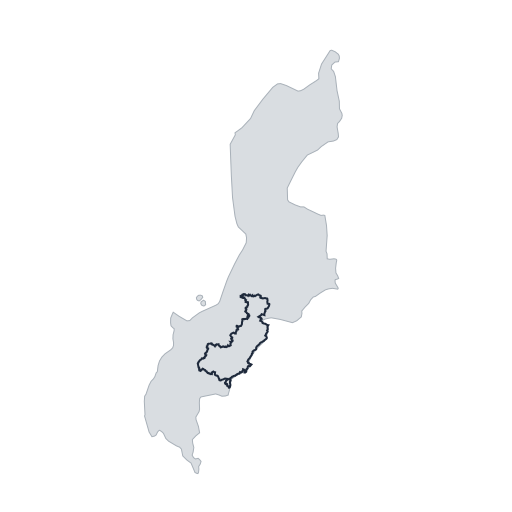 location of Mzimba, Mzimba, Malawi, rotated 214°
{"feature_id": "42251766B77624810989827", "entity_name": "Mzimba", "entity_type": "district", "adm_level": 2, "iso_a3": "MWI", "parent_name": "Malawi", "parent_adm1": "Mzimba", "projection": "albers", "projection_center": [33.674, -11.849], "detail": "fine", "context": "in_parent", "style": "outline", "palette": "slate", "viewbox_px": 512, "rotation_deg": 214, "n_neighbors": 0, "source": "geoboundaries", "source_scale": "gbopen_adm2", "svg_char_len": 8988}
<svg xmlns="http://www.w3.org/2000/svg" viewBox="0 0 512 512"><g transform="rotate(214 256 256)"><path d="M198.3,297.5L195.4,293.5L193.0,294.5L189.8,297.3L188.0,298.1L187.1,298.0L186.5,297.3L185.8,295.5L183.2,290.4L180.3,286.7L177.3,285.3L174.9,283.6L175.9,282.0L177.1,280.8L176.6,279.6L175.2,277.9L169.8,275.3L169.7,274.2L174.5,272.0L177.4,269.4L179.5,266.8L182.0,261.3L184.1,255.8L185.6,254.0L186.2,250.3L185.8,246.2L186.8,241.0L187.3,236.0L185.8,234.1L184.4,230.8L186.0,225.1L188.5,221.1L200.4,217.0L208.8,213.3L210.5,211.7L213.4,208.6L214.9,205.5L213.8,204.6L207.2,204.5L205.6,203.3L200.9,192.5L203.5,180.1L203.7,175.2L203.6,169.2L202.8,164.8L200.7,163.0L199.4,160.6L199.8,154.1L201.7,153.4L205.8,144.8L207.7,139.8L205.5,135.7L203.0,130.0L201.9,126.4L201.3,125.2L203.0,122.9L205.8,120.7L208.9,120.1L212.3,119.1L222.8,108.4L223.0,106.3L221.0,102.8L217.1,97.4L216.2,95.2L215.8,88.8L214.2,86.8L208.4,82.5L203.9,77.9L205.3,73.3L206.1,68.2L203.8,65.4L200.5,62.5L198.5,58.3L197.6,55.2L195.0,53.9L192.6,53.9L190.9,55.9L189.0,55.7L186.7,55.0L185.9,52.3L185.8,49.4L184.2,47.4L182.7,44.6L182.5,43.1L183.5,42.7L185.5,42.4L194.0,48.0L199.2,48.2L204.9,49.3L209.9,54.2L212.4,54.8L215.7,54.1L224.9,53.6L228.7,54.3L233.5,57.2L235.4,57.6L238.4,57.7L238.9,56.9L239.2,55.2L238.7,51.8L239.4,50.0L241.2,48.0L246.2,50.3L258.9,61.0L259.3,62.4L267.3,73.0L269.9,77.5L269.9,79.9L272.4,89.2L272.9,93.5L272.3,96.8L272.4,99.5L273.4,103.3L273.1,104.9L275.9,110.4L277.3,115.1L277.5,119.7L276.7,124.1L274.2,130.6L273.7,133.2L274.3,135.6L275.9,138.1L278.6,140.9L280.7,144.3L282.1,148.2L283.2,150.0L284.7,150.0L287.4,150.6L289.5,152.9L292.0,156.8L292.9,161.2L293.2,163.1L286.0,163.0L277.0,163.6L274.8,165.4L274.1,169.2L271.2,177.2L269.6,180.1L266.3,185.4L261.6,193.0L260.6,195.4L260.7,198.0L263.5,208.2L266.3,219.0L267.2,223.2L269.3,237.5L270.4,247.6L270.5,253.5L271.5,261.5L274.0,265.8L276.7,268.5L286.9,270.2L289.9,272.1L295.6,277.2L308.1,291.3L314.9,300.3L320.9,308.2L331.6,322.8L339.9,334.2L340.9,344.9L342.3,346.4L339.4,354.3L337.4,367.0L338.7,375.5L338.0,389.9L336.4,405.2L334.4,410.7L332.0,412.7L326.1,414.3L313.3,416.2L311.4,418.0L309.7,420.9L307.1,428.0L304.0,435.1L303.0,438.1L303.6,438.9L306.3,442.5L309.0,451.8L309.4,467.7L308.4,468.9L304.6,469.6L300.6,469.3L298.9,468.4L297.4,466.6L296.3,463.2L299.0,460.9L300.0,456.7L298.3,453.2L294.8,452.4L290.5,449.1L281.3,438.4L273.5,430.9L269.1,424.7L264.5,422.2L263.1,420.7L262.0,418.1L262.0,414.3L262.5,411.5L261.0,408.4L256.4,403.6L254.2,400.9L254.1,397.7L256.1,394.6L260.1,390.9L263.1,383.2L264.2,378.3L269.9,368.4L270.7,359.8L270.9,352.9L270.5,347.7L269.1,337.1L268.1,329.8L261.2,320.2L258.9,319.3L252.3,320.2L246.6,321.6L243.7,323.5L239.5,323.6L228.3,325.3L224.8,326.0L222.8,327.7L221.6,328.1L214.6,320.7L208.4,312.7L200.6,299.1L198.3,297.5ZM280.1,192.5L278.2,192.9L277.0,191.9L277.3,189.0L278.0,186.9L279.9,186.5L281.2,187.1L282.1,188.1L282.1,189.7L281.6,191.3L280.1,192.5ZM275.9,187.1L274.8,190.0L272.6,190.0L270.5,187.4L271.2,185.4L273.2,184.8L275.0,185.5L275.9,187.1Z" fill="#d9dde1" stroke="#a8b0b8" stroke-width="1"/><path d="M230.9,225.2L232.5,225.5L233.2,224.8L234.2,222.6L234.7,222.5L234.6,222.0L235.4,221.7L235.7,221.0L236.2,221.2L236.7,221.1L237.0,221.4L237.2,220.7L237.0,220.4L237.2,220.2L238.5,220.4L238.9,220.3L239.3,220.5L239.6,219.9L240.0,219.9L239.7,219.4L240.3,219.2L240.3,218.6L240.9,218.8L241.2,218.4L243.0,217.8L243.6,218.2L244.8,217.7L245.0,217.4L244.6,217.5L244.4,217.2L245.0,216.2L244.7,215.6L245.2,215.5L245.4,214.9L245.9,214.8L245.9,214.6L246.4,214.3L246.2,214.0L245.9,213.7L245.8,213.4L245.3,213.4L244.2,213.9L244.4,214.3L244.0,214.4L243.8,214.1L242.8,214.8L242.8,214.7L242.6,214.6L242.6,214.3L242.0,214.6L240.6,214.2L240.3,213.9L240.2,213.6L239.9,213.7L239.8,213.4L239.6,213.5L239.5,212.8L239.0,212.5L238.5,212.5L238.5,212.2L237.6,212.6L237.1,213.2L236.8,213.2L236.6,212.9L236.8,212.5L236.0,212.0L235.3,211.2L235.1,210.5L235.3,210.0L234.8,209.0L235.2,208.1L235.5,207.8L235.6,207.1L235.1,206.5L234.6,206.7L234.2,206.6L233.9,205.9L233.8,205.1L234.0,204.5L233.9,204.0L233.3,203.9L233.0,204.1L231.9,203.8L231.5,203.4L230.0,203.7L229.7,202.7L229.5,203.4L229.2,203.4L228.7,203.0L228.3,203.0L228.0,202.4L228.2,202.0L228.2,201.2L228.5,200.7L227.9,200.5L228.1,199.9L228.0,198.9L229.0,198.6L229.1,198.3L229.6,197.8L230.3,197.4L230.4,197.0L231.4,196.7L232.0,195.9L231.8,195.5L230.9,194.6L230.7,193.5L229.6,191.7L229.3,189.7L229.7,189.2L230.1,189.0L230.7,187.8L231.3,187.8L231.6,187.6L232.4,187.6L232.9,187.5L233.0,187.3L232.6,186.6L231.5,186.7L231.1,185.9L230.5,185.8L230.2,185.2L229.8,185.0L229.9,184.8L230.3,184.7L230.6,184.3L230.8,183.6L230.1,182.6L230.2,181.5L229.4,180.4L230.1,179.9L231.8,179.9L233.0,177.8L233.0,175.9L231.4,175.2L230.1,175.2L229.8,174.6L229.9,174.1L230.2,173.9L230.3,173.5L229.2,173.0L228.9,172.6L228.3,172.8L228.3,172.5L227.9,172.2L228.3,170.9L228.7,170.7L228.2,170.6L228.1,170.4L228.4,169.6L228.1,168.9L227.0,167.8L227.8,166.3L228.2,166.4L228.5,166.1L229.2,166.2L228.9,165.3L229.5,164.6L230.0,164.3L229.6,164.0L229.8,163.7L230.4,163.6L231.2,162.9L231.9,163.0L232.2,162.7L232.7,162.7L232.7,162.2L233.3,161.7L233.5,161.4L234.1,160.5L235.0,160.8L235.2,161.1L235.9,160.8L236.3,161.1L237.1,161.2L237.7,161.9L238.4,161.2L239.2,160.8L239.1,160.6L239.4,160.2L239.3,159.6L239.6,159.5L239.5,159.1L239.7,158.9L239.6,158.2L240.8,158.5L241.7,158.5L242.2,158.4L242.6,158.0L243.3,158.2L243.5,158.5L243.6,158.4L243.9,158.6L244.2,158.6L244.4,158.2L244.9,158.0L245.3,156.9L245.1,156.7L245.5,156.9L246.2,156.8L246.7,156.0L246.6,155.6L245.9,154.5L246.3,153.7L245.9,153.2L245.8,152.7L245.4,152.4L244.0,152.7L243.7,152.3L243.7,151.8L243.8,151.3L243.4,150.3L243.5,150.1L243.1,149.3L243.3,148.7L243.2,148.2L243.6,147.6L243.4,147.3L243.6,147.0L243.6,146.4L242.7,145.9L241.8,146.0L241.7,145.1L242.2,144.2L241.9,143.8L242.1,143.4L241.7,142.6L242.3,142.2L242.1,141.9L242.4,141.4L242.8,141.2L243.6,140.8L243.4,140.4L243.6,139.6L243.7,139.2L243.8,139.0L244.0,138.9L244.2,138.3L244.3,137.6L244.1,136.8L244.4,136.4L244.3,135.2L244.1,135.1L244.2,134.4L241.4,131.6L241.0,131.7L240.9,131.4L240.6,131.4L240.5,131.1L240.2,130.9L239.4,129.7L238.3,129.1L238.3,128.9L237.9,129.7L237.7,129.8L237.8,130.4L237.7,130.5L237.8,130.8L237.5,130.8L237.4,131.0L237.3,131.5L237.3,131.9L237.2,132.0L237.3,132.4L237.2,132.7L236.9,132.6L236.7,132.7L236.4,132.9L235.8,132.7L234.3,133.0L233.8,132.5L233.2,132.6L232.3,132.4L232.2,132.6L231.2,132.1L230.6,132.0L230.0,132.5L229.6,132.2L228.7,132.7L227.8,132.5L227.5,132.8L227.5,133.0L227.1,133.1L226.7,133.3L226.8,133.4L226.7,133.8L227.0,134.0L227.5,134.7L227.2,135.2L227.2,135.5L226.8,136.3L226.5,136.2L226.1,136.4L225.4,136.4L224.9,136.7L224.0,134.9L223.3,134.5L222.9,134.5L222.4,134.6L221.5,135.1L221.1,134.9L220.7,135.1L220.3,135.1L217.9,133.4L217.7,133.5L217.1,132.7L216.8,132.6L215.6,133.1L215.3,134.1L214.2,135.3L213.2,137.1L210.7,138.3L210.1,138.2L210.7,137.1L210.9,136.1L211.1,135.9L210.6,134.6L210.6,134.1L210.9,133.7L210.8,133.4L210.0,132.9L209.6,133.0L209.4,132.9L208.8,133.6L208.3,133.7L207.8,133.1L207.4,132.3L206.0,132.5L205.0,131.7L203.9,131.6L204.2,131.8L204.5,133.4L205.0,133.7L205.0,134.7L206.4,136.0L207.0,136.8L207.5,137.7L207.3,138.3L207.6,138.9L208.4,139.0L209.2,139.7L208.7,140.3L208.8,140.9L208.3,141.5L208.4,142.4L207.8,143.0L207.6,143.9L206.9,144.6L206.3,145.0L206.3,145.7L205.9,146.1L205.9,146.6L205.4,147.3L205.5,147.8L205.0,148.2L204.7,148.9L204.2,149.0L203.9,149.3L204.1,150.5L204.3,150.9L203.5,151.2L203.1,151.2L202.8,151.6L202.7,152.3L203.0,152.8L202.9,154.3L203.3,154.9L202.5,155.1L202.0,155.0L201.6,154.7L201.6,154.4L200.7,154.1L200.4,153.0L199.9,153.2L199.4,154.5L199.7,155.3L200.6,156.5L200.5,157.2L200.2,157.4L200.1,158.0L200.8,159.3L201.0,160.0L200.6,160.7L199.4,161.2L199.1,163.5L199.9,163.4L201.7,162.8L202.1,163.2L202.5,162.9L202.8,162.9L203.2,163.5L204.1,163.7L204.5,165.9L204.1,167.9L204.3,169.0L204.2,169.6L204.3,170.1L204.2,171.0L204.5,172.3L204.8,172.7L204.5,173.4L204.7,174.0L205.1,174.3L205.4,174.8L205.0,176.5L203.9,178.1L203.7,178.8L203.8,179.2L204.5,179.8L204.8,181.2L204.5,182.8L204.1,183.4L204.1,184.2L203.8,185.0L204.0,185.9L203.6,187.1L203.1,187.6L202.5,189.2L202.0,189.8L202.0,190.8L201.1,193.2L201.1,193.9L201.4,194.4L202.6,195.1L203.1,195.3L203.7,195.1L203.9,195.2L203.8,196.0L204.2,197.4L204.0,199.8L204.7,200.4L205.2,200.5L205.3,201.9L206.2,202.8L207.0,203.9L207.1,205.5L207.5,205.3L208.8,205.0L210.2,205.1L212.0,204.3L213.0,204.1L213.4,204.7L215.3,205.0L216.3,204.7L216.4,205.5L216.9,206.3L216.8,206.7L216.2,207.1L216.3,207.2L217.0,207.4L218.7,207.4L219.2,206.9L220.0,206.9L218.7,209.8L218.8,210.9L216.0,211.7L216.7,212.5L217.3,214.7L217.3,215.4L217.7,215.5L217.8,216.3L218.7,217.0L218.7,217.4L217.3,218.7L217.1,219.2L217.3,221.9L218.0,223.6L218.3,223.7L219.7,222.9L221.1,224.4L221.4,225.4L222.7,226.9L223.0,227.0L223.7,226.5L224.4,226.5L225.5,225.8L226.6,224.6L227.4,224.5L227.7,224.2L228.6,223.9L228.8,223.9L228.7,224.2L229.0,224.3L228.9,224.7L229.4,224.9L229.9,225.7L230.1,225.7L230.3,225.3L230.9,225.2Z" fill="none" stroke="#1e293b" stroke-width="2"/></g></svg>